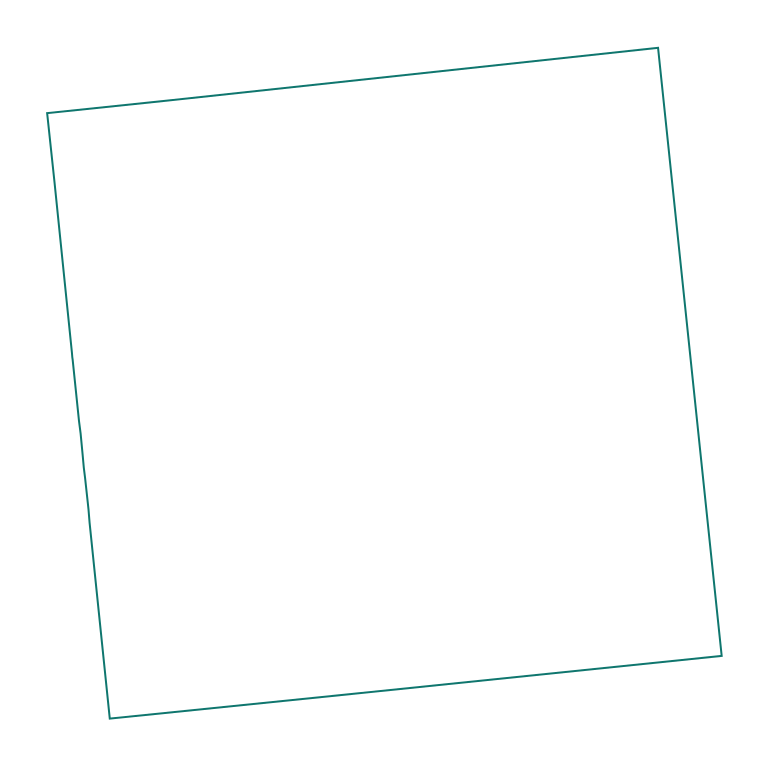 outline of Marshall, Kansas, United States of America, rotated 264°
{"feature_id": "52423323B90330569397627", "entity_name": "Marshall", "entity_type": "district", "adm_level": 2, "iso_a3": "USA", "parent_name": "United States of America", "parent_adm1": "Kansas", "projection": "equal_earth", "projection_center": [-96.532, 39.784], "detail": "fine", "context": "isolated", "style": "outline", "palette": "teal", "viewbox_px": 768, "rotation_deg": 264, "n_neighbors": 0, "source": "geoboundaries", "source_scale": "gbopen_adm2", "svg_char_len": 433}
<svg xmlns="http://www.w3.org/2000/svg" viewBox="0 0 768 768"><g transform="rotate(264 384 384)"><path d="M78.3,691.4L320.8,691.5L321.9,691.5L689.7,691.7L688.5,199.2L688.6,77.3L622.1,77.4L618.4,77.4L447.5,76.9L447.4,76.9L443.3,76.8L440.7,76.9L379.3,76.8L366.5,77.1L346.3,76.9L332.3,76.7L321.6,76.9L320.6,76.9L295.7,77.0L289.9,77.0L276.9,76.7L79.9,76.3L79.1,321.9L78.3,691.4Z" fill="none" stroke="#0f766e" stroke-width="2"/></g></svg>